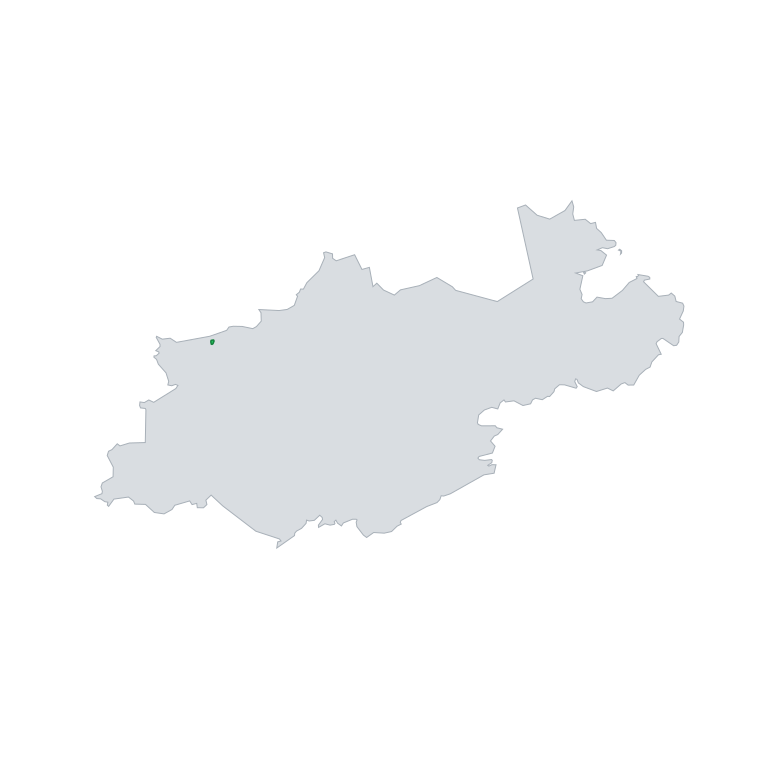 location of Almaty City within Kazakhstan, rotated 163°
{"feature_id": "KAZ-4829", "entity_name": "Almaty City", "entity_type": "City", "adm_level": 1, "iso_a3": "KAZ", "parent_name": "Kazakhstan", "parent_adm1": "", "projection": "natural_earth1", "projection_center": [76.924, 43.297], "detail": "fine", "context": "in_parent", "style": "filled", "palette": "green", "viewbox_px": 768, "rotation_deg": 163, "n_neighbors": 0, "source": "natural_earth", "source_scale": "10m", "svg_char_len": 3985}
<svg xmlns="http://www.w3.org/2000/svg" viewBox="0 0 768 768"><g transform="rotate(163 384 384)"><path d="M441.8,495.0L438.1,496.5L436.0,499.2L433.3,498.3L428.2,503.4L413.1,511.3L403.8,522.2L403.4,527.2L400.9,527.3L395.2,523.5L396.4,519.2L393.7,515.8L374.3,516.2L371.6,500.0L363.9,499.8L366.1,480.3L361.4,482.5L357.0,474.0L348.1,466.0L340.7,469.2L321.5,467.7L302.3,470.4L290.2,457.0L288.1,452.6L251.6,429.7L210.7,440.8L204.9,513.3L196.3,513.8L188.2,500.6L177.3,493.2L160.2,497.0L150.7,504.2L150.8,497.9L153.8,491.4L154.1,484.8L143.4,482.7L139.5,477.0L134.5,476.7L135.2,470.6L132.0,465.3L129.3,456.5L121.8,453.9L120.8,451.3L121.8,448.9L123.6,448.1L130.6,448.0L135.3,450.5L141.0,449.9L137.6,448.2L133.5,442.2L140.7,433.6L156.5,432.7L168.3,434.1L162.2,429.4L169.0,417.3L168.4,411.7L170.5,407.9L169.3,404.3L167.1,402.4L160.5,401.6L154.9,404.8L147.3,400.9L140.8,399.3L128.6,403.8L119.8,409.4L111.3,410.9L111.3,413.0L110.2,412.5L108.8,413.5L109.1,414.4L100.1,409.9L98.7,408.3L99.1,406.7L104.6,407.2L105.9,405.9L96.0,387.6L85.8,385.8L82.7,387.0L80.2,383.0L80.5,377.5L74.8,374.0L74.4,370.8L76.5,366.3L82.4,359.7L79.5,355.5L80.2,352.8L83.6,346.1L87.9,343.2L89.8,338.0L92.8,335.5L95.8,335.9L103.9,346.0L105.4,346.5L110.5,344.6L112.0,343.0L110.2,331.4L113.0,331.7L121.4,326.8L124.6,322.4L129.5,321.5L137.3,317.8L145.5,310.0L150.9,311.6L153.2,314.9L157.1,314.7L166.8,310.4L171.5,314.8L183.0,314.7L194.1,323.2L197.8,328.2L198.1,332.0L199.3,332.9L200.9,330.5L200.0,325.0L201.5,323.8L211.6,330.4L216.4,332.0L222.1,329.5L223.7,327.0L229.3,323.6L231.2,324.4L237.2,322.7L243.3,326.1L246.6,325.4L249.6,322.2L257.4,322.8L264.6,329.9L273.1,331.3L273.9,333.7L278.4,332.0L282.5,326.9L287.8,330.2L295.6,329.8L302.5,326.7L306.0,319.6L305.7,317.8L303.0,315.5L289.8,311.5L288.9,309.2L283.8,306.1L290.0,302.4L293.7,302.0L298.8,298.4L296.0,292.0L300.5,286.3L314.2,286.9L315.9,285.7L315.0,283.7L310.0,281.5L303.2,280.3L302.8,279.4L303.9,277.3L308.6,275.9L307.7,274.8L304.4,275.3L300.5,274.0L304.8,266.5L315.0,267.9L352.8,259.6L359.7,259.4L362.0,260.4L364.4,257.1L368.0,255.1L379.0,254.3L407.6,248.5L408.9,247.0L408.5,245.0L413.1,244.2L419.9,240.7L427.4,241.3L437.3,245.0L445.5,242.3L447.9,245.6L451.6,255.5L451.0,260.0L449.5,261.9L450.1,262.8L453.6,263.9L463.5,263.0L466.2,260.7L469.1,264.5L469.8,267.9L471.9,266.9L471.6,265.1L472.5,264.3L476.8,264.8L481.4,267.6L488.5,266.0L488.0,268.2L482.4,272.4L482.1,274.4L483.8,277.3L490.5,274.0L495.7,274.9L497.8,276.5L499.3,273.5L505.0,270.1L510.7,268.9L513.0,267.4L513.9,265.2L534.5,258.5L531.8,264.1L528.4,264.0L529.3,266.4L549.6,280.7L573.8,314.5L581.8,328.3L588.3,325.0L588.6,320.5L592.8,318.4L598.7,320.3L598.0,324.6L602.8,324.8L604.0,329.0L619.5,329.2L623.4,326.0L632.3,324.1L641.2,328.3L647.3,338.6L657.4,342.0L657.7,345.3L661.4,350.6L675.9,352.9L683.1,347.5L684.0,349.1L682.6,351.7L685.4,353.1L688.5,357.0L692.1,358.4L693.6,360.9L685.8,361.6L684.7,363.7L684.7,368.4L682.3,371.7L670.2,374.5L667.2,383.6L669.6,396.5L667.1,400.2L663.3,400.8L656.6,404.8L654.6,402.0L644.7,402.0L629.4,397.8L619.2,429.0L619.4,430.4L623.8,432.3L624.0,434.9L622.6,438.2L618.6,436.3L613.6,437.5L609.6,433.8L584.4,440.5L581.5,442.9L583.5,444.6L587.5,444.4L591.0,446.3L589.1,449.5L589.2,458.4L594.0,468.9L594.3,474.0L596.2,476.9L595.7,478.1L593.6,477.6L590.1,479.2L590.0,480.6L592.5,482.6L587.2,485.3L586.6,487.5L588.2,495.2L587.5,496.1L582.9,491.7L575.1,490.3L570.3,484.5L536.8,480.6L518.8,481.3L515.6,483.8L511.3,483.3L502.8,480.5L493.3,475.3L489.2,476.2L483.0,480.0L480.8,488.1L481.9,491.8L462.8,484.9L454.8,483.6L446.8,485.4L441.0,493.2L441.8,495.0ZM120.6,443.5L119.2,444.0L117.8,441.9L118.5,439.8L119.9,439.0L118.5,441.7L120.6,443.5ZM160.5,432.6L159.2,432.2L158.6,431.3L160.3,430.5L160.5,432.6Z" fill="#d9dde1" stroke="#a8b0b8" stroke-width="1"/><path d="M536.9,472.2L537.5,472.6L537.4,474.4L537.0,475.7L536.4,476.3L535.5,476.1L534.5,476.1L534.0,475.7L534.0,474.7L534.4,474.4L534.9,473.5L535.4,472.9L536.0,472.4L536.9,472.2Z" fill="#22c55e" stroke="#15803d" stroke-width="1.5"/></g></svg>